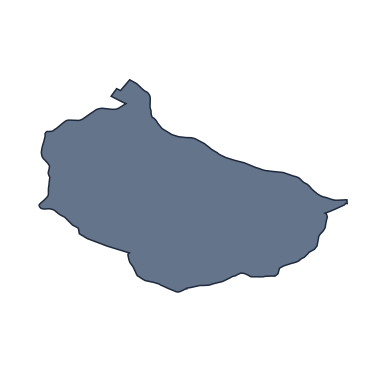 Wormerland, Noord-Holland, Netherlands (Natural Earth projection), rotated 9°
{"feature_id": "6326949B48566307694504", "entity_name": "Wormerland", "entity_type": "district", "adm_level": 2, "iso_a3": "NLD", "parent_name": "Netherlands", "parent_adm1": "Noord-Holland", "projection": "natural_earth1", "projection_center": [4.861, 52.506], "detail": "fine", "context": "isolated", "style": "filled", "palette": "slate", "viewbox_px": 384, "rotation_deg": 9, "n_neighbors": 0, "source": "geoboundaries", "source_scale": "gbopen_adm2", "svg_char_len": 5867}
<svg xmlns="http://www.w3.org/2000/svg" viewBox="0 0 384 384"><g transform="rotate(9 192 192)"><path d="M39.4,154.8L38.5,155.7L38.1,156.4L37.8,157.1L37.8,157.8L37.9,158.6L38.1,159.2L38.2,160.0L38.2,160.3L38.1,161.1L37.8,164.9L37.7,165.5L37.6,166.3L37.2,169.4L37.0,171.2L36.9,173.8L37.0,176.5L37.1,177.0L38.0,179.5L38.5,180.6L39.2,181.5L40.6,182.8L41.8,183.6L43.8,185.2L45.0,186.1L46.8,188.1L47.3,189.1L47.3,189.5L47.2,190.4L47.3,190.8L47.2,191.6L47.2,192.7L47.0,194.0L47.0,194.7L47.0,195.6L47.1,196.0L47.2,196.4L47.6,197.2L48.0,197.9L48.7,198.9L49.1,199.5L49.3,200.0L49.3,200.4L49.3,201.1L49.3,203.2L49.5,205.4L49.6,207.9L49.6,209.3L49.6,210.3L49.7,211.4L49.8,212.1L49.9,212.9L50.3,215.2L50.5,216.5L50.5,216.9L50.5,217.4L50.4,217.9L50.1,218.8L49.6,219.7L49.4,220.1L47.2,223.2L44.7,226.1L43.9,227.2L43.2,228.1L43.1,228.3L43.1,228.5L43.1,228.8L43.1,229.0L43.2,229.3L43.4,229.8L43.6,230.1L44.1,230.7L44.4,231.0L44.9,231.5L45.3,231.6L45.9,231.8L46.2,231.9L46.6,231.9L47.4,232.0L48.1,232.0L50.1,231.7L50.3,231.6L52.9,231.0L53.6,230.9L55.5,230.9L57.5,231.2L58.5,231.4L58.9,231.6L59.6,231.9L60.3,232.4L61.8,233.3L63.0,234.0L64.2,234.6L65.2,235.1L66.2,235.5L69.6,236.6L70.1,236.7L79.1,243.3L81.0,244.0L83.3,244.7L84.6,245.2L85.2,245.6L85.5,246.0L85.8,246.4L85.9,247.0L86.3,248.1L87.2,250.8L90.4,252.2L90.5,252.1L91.0,252.2L90.9,252.2L92.0,252.8L93.1,253.3L96.2,254.5L96.7,254.6L104.6,256.2L117.1,258.8L118.6,259.0L134.8,261.3L139.7,262.0L139.0,262.7L138.5,263.5L138.5,263.9L138.9,265.2L140.2,268.5L140.7,269.5L141.6,271.1L142.1,271.8L144.6,274.2L145.4,275.1L146.4,276.4L147.1,277.5L147.8,278.5L150.3,282.3L150.7,282.8L151.3,283.4L152.2,283.6L155.2,285.1L156.7,285.7L159.0,286.6L159.7,286.8L166.3,287.2L167.4,287.2L169.1,287.4L169.3,287.4L172.1,287.8L174.3,288.1L174.6,288.3L174.9,288.5L175.3,288.7L176.0,288.9L177.1,289.2L177.5,289.3L180.5,290.1L180.8,290.2L181.5,290.4L182.5,290.7L184.5,291.2L185.3,291.4L186.1,291.6L186.7,291.7L188.3,292.1L190.1,292.5L191.8,293.0L192.2,293.0L192.9,293.1L193.5,293.0L195.0,292.6L196.6,291.7L197.1,291.3L198.0,290.8L199.2,289.9L200.5,289.0L200.8,288.8L200.9,288.7L201.1,288.7L201.3,288.7L201.7,288.5L201.8,288.5L202.1,288.4L201.9,287.8L203.7,287.2L206.1,286.4L213.4,283.5L214.6,283.1L219.6,282.2L221.5,281.8L222.7,281.5L223.4,281.3L223.9,281.1L225.1,280.5L226.6,279.7L227.9,279.1L232.4,277.2L234.9,276.2L236.0,275.7L236.8,275.2L239.7,273.2L242.9,270.9L244.3,269.8L244.4,269.7L245.3,269.1L246.7,268.5L247.8,268.1L248.5,267.6L249.9,266.4L251.7,265.3L252.0,265.1L252.2,264.9L252.4,264.7L253.2,264.4L256.0,264.3L257.0,264.4L257.7,264.6L258.7,264.9L260.0,265.2L260.5,265.4L261.0,265.6L263.0,266.4L263.5,266.4L264.1,266.4L267.0,266.0L268.8,265.7L270.8,265.4L271.7,265.3L272.9,265.1L273.7,264.9L274.4,264.8L275.3,264.7L278.0,263.7L278.5,263.6L282.5,262.8L284.8,262.4L286.4,262.2L287.1,262.1L288.0,261.2L289.6,259.4L289.7,259.2L289.8,258.9L290.0,256.2L290.3,254.4L290.4,253.7L290.5,253.4L290.8,253.2L293.8,250.9L294.8,250.3L297.3,249.0L298.4,248.5L299.6,247.9L301.5,246.9L303.9,245.9L305.1,245.3L305.8,245.0L306.2,244.7L307.6,243.8L308.5,243.1L310.4,240.8L310.5,240.7L312.8,239.2L313.1,239.0L313.2,238.8L315.7,235.4L317.1,233.3L317.3,233.0L321.8,229.5L322.0,229.3L323.7,226.1L323.9,225.8L323.9,225.6L323.9,225.4L324.0,223.4L324.2,216.9L324.2,215.8L324.3,215.5L325.5,213.1L325.8,212.7L326.7,211.5L327.7,209.9L328.2,208.7L328.8,207.2L329.0,206.7L329.1,205.9L329.1,202.5L329.3,198.0L329.6,195.5L328.7,193.6L328.5,193.2L328.2,192.9L328.0,192.6L327.6,192.4L326.7,192.1L330.5,190.0L332.0,189.1L336.3,186.4L344.1,181.2L344.6,180.9L345.5,179.4L345.6,179.1L346.0,179.2L346.5,179.2L347.1,179.2L346.3,175.5L344.8,175.7L342.2,176.3L336.1,177.5L334.4,177.7L333.9,177.7L333.1,177.7L332.6,177.6L330.7,177.4L328.8,177.1L326.9,176.7L326.1,176.6L324.4,176.4L321.9,176.2L321.3,176.1L320.7,175.9L319.3,175.5L317.7,174.9L316.8,174.5L315.9,174.1L315.4,173.8L313.2,172.5L311.4,171.4L309.9,170.3L308.6,169.3L307.7,168.5L306.2,167.3L305.4,166.8L305.0,166.6L304.2,166.2L302.1,165.5L301.2,165.2L300.7,164.9L300.3,164.7L298.6,163.6L297.6,162.8L296.1,161.8L295.5,161.4L295.1,161.3L294.2,161.0L293.2,160.8L291.5,160.5L290.0,160.4L287.6,160.0L279.2,158.5L278.7,158.5L267.8,159.1L261.6,159.3L260.6,159.3L259.5,159.2L259.1,159.2L254.9,158.4L253.3,158.1L251.4,157.9L250.5,157.7L240.0,155.2L238.9,155.0L237.4,154.8L229.5,154.1L220.0,152.7L219.6,152.6L218.8,152.3L215.3,151.3L213.2,150.6L212.8,150.5L211.2,149.5L209.9,148.9L209.1,148.6L208.0,148.2L206.4,147.5L205.2,147.0L204.8,146.9L204.1,146.5L198.0,143.0L196.9,142.4L196.2,142.1L187.1,139.0L186.3,138.8L184.1,138.6L182.7,138.5L180.4,138.8L177.1,139.2L170.3,139.5L166.7,139.0L164.7,138.7L163.3,138.4L162.8,138.3L154.3,134.8L153.2,134.3L152.9,134.2L152.5,134.0L147.8,129.8L147.5,129.6L145.7,127.3L145.5,127.2L144.5,126.3L143.2,125.3L142.7,125.1L141.7,124.7L141.4,124.6L141.1,124.3L140.9,124.2L140.7,124.0L140.6,123.8L140.2,123.1L139.9,122.4L139.6,121.7L138.7,117.9L138.5,117.4L137.7,116.0L137.5,115.5L137.4,115.0L137.0,113.0L136.5,108.7L136.0,105.5L135.5,104.0L134.2,102.2L133.0,101.1L132.0,100.4L131.0,100.1L129.3,99.5L127.7,98.6L120.5,93.7L112.9,90.9L110.8,94.3L110.7,94.5L105.5,103.0L101.4,101.7L97.1,110.1L101.7,111.6L111.0,114.6L112.5,114.9L112.9,115.0L106.8,120.4L105.9,121.0L105.4,121.4L104.4,121.9L103.8,122.1L102.4,122.5L100.9,122.7L99.5,122.9L92.8,123.2L91.2,123.3L90.6,123.3L89.9,123.4L89.4,123.5L88.8,123.7L86.4,124.6L85.7,125.0L85.2,125.3L84.7,125.5L83.5,126.6L82.0,128.1L80.1,129.8L74.6,135.1L72.6,137.0L72.2,137.3L71.7,137.8L71.4,137.9L71.1,138.0L70.7,138.3L69.6,138.8L68.6,139.1L65.8,139.4L63.4,139.7L59.4,140.2L58.5,140.4L57.5,140.8L57.3,140.8L56.5,141.4L55.8,141.9L53.7,144.1L51.6,146.5L49.7,148.7L48.4,150.1L47.9,150.7L47.3,151.2L47.2,151.2L46.6,151.7L46.5,151.9L45.3,153.1L44.9,153.5L44.4,153.8L43.5,154.1L42.0,154.4L41.5,154.5L40.3,154.8L39.4,154.8Z" fill="#64748b" stroke="#1e293b" stroke-width="1.5"/></g></svg>